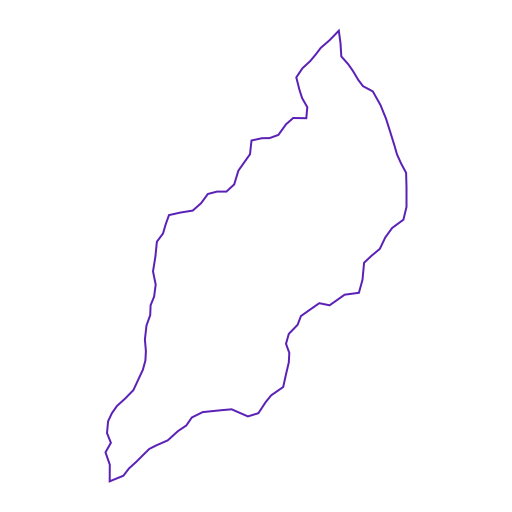 Alvinlândia, São Paulo, Brazil
{"feature_id": "56859067B75743484543184", "entity_name": "Alvinlândia", "entity_type": "district", "adm_level": 2, "iso_a3": "BRA", "parent_name": "Brazil", "parent_adm1": "São Paulo", "projection": "natural_earth1", "projection_center": [-49.762, -22.451], "detail": "fine", "context": "isolated", "style": "outline", "palette": "violet", "viewbox_px": 512, "rotation_deg": 0, "n_neighbors": 0, "source": "geoboundaries", "source_scale": "gbopen_adm2", "svg_char_len": 1371}
<svg xmlns="http://www.w3.org/2000/svg" viewBox="0 0 512 512"><path d="M403.4,219.7L406.5,206.9L406.5,187.2L406.1,172.8L401.1,163.5L397.0,154.4L394.5,145.7L390.5,132.8L386.1,118.9L380.5,105.1L372.8,91.4L363.0,86.2L358.2,79.8L352.9,70.9L348.2,64.2L341.3,56.4L340.5,43.2L338.8,30.7L329.6,40.2L320.8,47.8L315.7,54.5L310.1,61.2L302.4,68.3L296.3,77.4L299.3,89.3L302.1,98.1L307.3,107.2L306.3,118.2L293.2,118.0L286.0,124.3L278.4,134.9L269.5,138.1L262.0,138.2L251.5,140.5L250.0,154.2L238.4,170.6L234.2,184.4L226.4,191.6L217.0,191.6L207.8,194.0L201.1,203.2L192.7,210.6L180.7,212.5L169.0,215.1L165.8,224.0L163.0,233.5L156.9,241.7L155.4,256.6L153.0,271.4L155.7,284.6L154.1,296.6L150.6,305.3L150.2,315.2L146.5,325.4L144.9,339.5L145.9,351.1L145.4,360.5L142.9,369.7L133.4,390.1L125.0,398.7L117.0,405.9L111.9,413.2L108.1,421.2L107.0,433.1L110.9,442.8L105.5,452.3L109.8,464.7L109.7,481.3L123.4,475.7L129.0,468.4L136.2,461.9L143.4,454.7L149.3,448.9L156.7,445.2L167.7,440.4L178.2,430.9L186.3,425.5L191.8,417.5L202.7,412.1L221.4,410.2L231.6,409.3L247.9,416.4L258.4,413.2L265.6,402.2L271.2,395.3L283.2,387.0L286.0,374.3L288.8,362.4L289.3,352.9L286.0,343.8L288.8,333.9L297.6,324.8L300.9,316.1L309.6,309.9L319.3,303.2L329.6,305.3L344.6,294.7L358.9,292.8L362.5,279.8L364.1,262.7L371.7,255.6L379.8,248.9L385.3,237.4L392.2,227.9L403.4,219.7Z" fill="none" stroke="#5b21b6" stroke-width="2"/></svg>